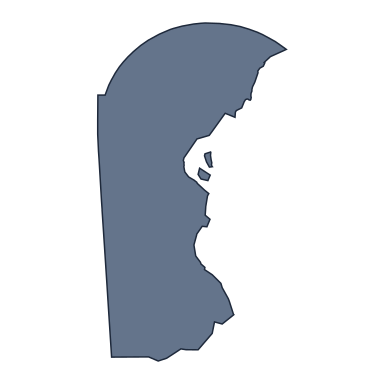 outline of New Castle, Delaware, United States of America
{"feature_id": "52423323B5401944400866", "entity_name": "New Castle", "entity_type": "district", "adm_level": 2, "iso_a3": "USA", "parent_name": "United States of America", "parent_adm1": "Delaware", "projection": "natural_earth1", "projection_center": [-75.59, 39.565], "detail": "fine", "context": "isolated", "style": "filled", "palette": "slate", "viewbox_px": 384, "rotation_deg": 0, "n_neighbors": 0, "source": "geoboundaries", "source_scale": "gbopen_adm2", "svg_char_len": 2168}
<svg xmlns="http://www.w3.org/2000/svg" viewBox="0 0 384 384"><path d="M97.9,95.1L97.8,108.3L97.8,108.5L97.7,119.6L97.7,120.4L97.7,126.3L97.7,134.2L98.0,140.5L98.3,147.0L98.5,151.3L98.9,157.0L99.3,163.5L101.5,200.8L102.1,209.4L102.1,210.0L102.1,210.5L104.3,243.7L106.9,283.7L108.4,307.3L111.6,357.1L148.6,356.9L158.2,361.0L166.7,358.2L180.9,348.9L186.0,349.7L198.1,349.8L212.2,333.4L214.5,321.9L222.2,324.0L233.8,314.7L233.5,314.4L229.2,301.0L228.3,298.7L222.2,287.7L220.9,283.4L212.3,274.8L204.5,269.6L204.9,267.4L201.0,264.0L200.4,262.2L195.8,256.1L195.6,255.3L194.0,245.5L194.0,244.7L196.7,234.8L196.7,234.2L202.2,226.3L206.9,226.8L210.0,219.3L205.2,215.2L205.7,207.8L205.7,206.9L207.5,195.9L208.0,195.0L208.3,194.5L208.8,193.6L205.0,190.5L204.6,190.2L197.5,183.6L197.2,183.3L196.9,182.5L196.7,182.2L194.6,180.6L194.5,180.4L188.9,177.1L188.3,176.5L184.8,171.9L183.8,166.5L184.0,166.1L184.1,165.8L183.9,162.6L184.1,162.3L183.6,161.3L183.3,160.5L183.7,159.0L184.0,157.8L184.2,157.4L184.7,156.8L197.0,138.9L198.2,138.6L209.2,135.4L212.0,131.6L225.0,113.5L225.2,113.3L235.0,117.3L235.4,112.1L236.3,110.6L237.8,109.8L241.7,107.9L243.6,103.2L244.1,101.9L245.5,99.6L247.1,99.0L248.1,99.2L248.8,99.8L250.2,100.2L250.8,99.5L251.2,97.4L250.9,96.1L251.0,93.5L251.9,91.1L251.9,89.6L252.5,86.9L254.4,83.0L254.9,81.9L258.0,72.8L257.8,71.0L259.8,68.2L263.3,66.2L264.8,62.9L264.3,62.7L264.1,62.5L264.2,62.4L270.2,56.8L271.1,56.3L283.3,50.8L286.3,49.4L281.6,46.0L275.2,41.5L262.6,34.6L259.5,33.2L258.3,32.7L257.8,32.5L257.8,32.4L249.0,29.2L240.4,26.6L240.0,26.5L230.8,24.7L220.5,23.6L220.2,23.5L205.2,23.0L200.6,23.3L194.0,24.0L193.8,24.0L193.2,24.1L192.7,24.2L182.2,26.1L173.6,28.4L170.2,29.5L159.7,34.0L157.6,35.1L148.3,40.2L140.8,45.4L136.5,49.0L133.1,51.9L131.9,53.1L129.7,55.2L128.1,56.7L123.4,61.9L119.5,66.7L115.3,73.0L112.2,78.6L111.7,79.4L108.8,85.2L105.1,95.1L97.9,95.1ZM199.6,168.2L198.1,174.4L201.0,179.0L207.9,180.6L210.2,175.1L199.6,168.2ZM210.6,152.0L205.0,153.8L204.5,155.8L206.5,161.9L209.4,167.1L211.1,166.9L212.3,166.7L211.9,166.2L211.5,164.7L211.8,162.8L211.1,159.7L210.5,155.4L210.8,152.4L210.6,152.0Z" fill="#64748b" stroke="#1e293b" stroke-width="1.5"/></svg>